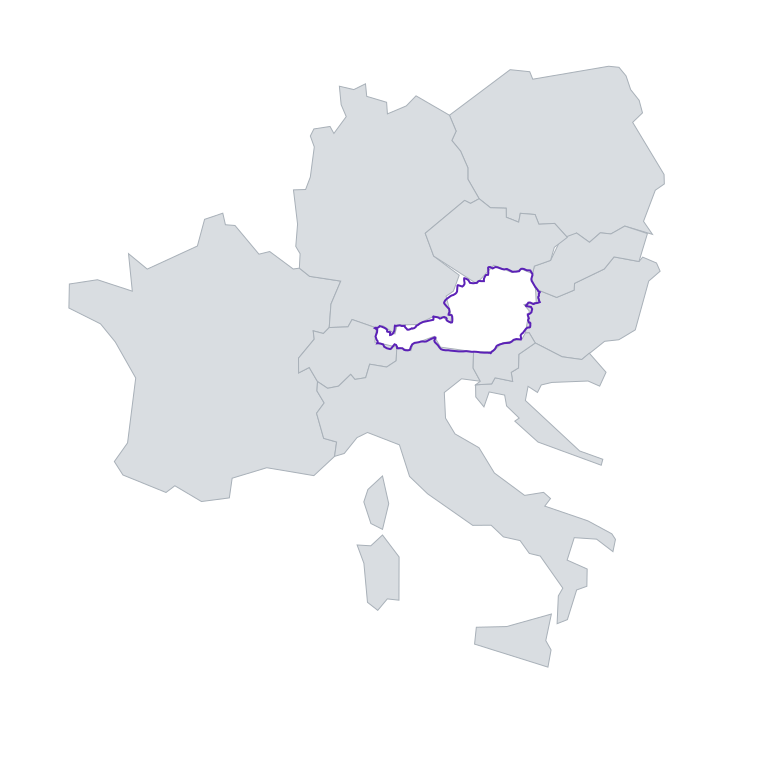 Austria highlighted among its neighbors, rotated 353°
{"feature_id": "AUT", "entity_name": "Austria", "entity_type": "country or territory", "adm_level": 0, "iso_a3": "AUT", "parent_name": "Europe", "parent_adm1": "", "projection": "orthographic", "projection_center": [13.446, 47.7], "detail": "fine", "context": "with_neighbors", "style": "outline", "palette": "violet", "viewbox_px": 768, "rotation_deg": 353, "n_neighbors": 10, "source": "natural_earth", "source_scale": "50m", "svg_char_len": 8290}
<svg xmlns="http://www.w3.org/2000/svg" viewBox="0 0 768 768"><g transform="rotate(353 384 384)"><path d="M314.1,258.7L323.3,268.1L353.6,276.6L341.1,298.2L336.5,321.3L330.0,326.5L320.2,322.6L320.2,331.0L302.3,347.9L300.6,362.6L311.8,358.5L318.3,373.5L316.6,382.7L322.3,395.5L313.5,404.8L317.5,430.6L329.9,435.8L326.1,449.8L303.2,466.4L257.4,452.8L221.8,459.0L216.6,478.2L188.5,478.4L164.0,459.5L154.4,465.1L113.8,442.5L106.9,428.1L122.3,411.2L138.3,347.8L122.4,309.5L110.0,289.8L80.5,270.2L83.9,246.4L112.3,245.6L145.5,261.2L146.3,223.5L163.0,241.1L215.6,224.3L226.0,198.7L244.8,194.8L246.0,206.6L255.4,208.5L275.7,239.9L286.7,238.6L307.9,258.8L314.1,258.7ZM355.2,486.7L371.3,475.1L374.1,503.4L364.8,528.1L354.0,520.9L349.6,498.6L355.2,486.7Z" fill="#d9dde1" stroke="#a8b0b8" stroke-width="1"/><path d="M661.8,107.7L664.7,121.9L671.8,133.5L673.6,146.4L662.7,154.6L687.5,210.2L686.6,219.6L676.9,224.7L661.4,254.2L668.7,268.2L642.2,256.6L627.5,262.7L617.1,260.3L605.2,268.4L593.5,257.6L585.1,262.7L572.9,245.4L557.2,244.3L554.6,234.2L540.1,231.2L537.4,239.8L525.7,233.4L526.7,224.4L511.1,222.0L501.0,211.7L492.2,190.9L493.6,179.6L488.4,162.2L481.0,150.6L486.4,141.8L481.7,125.2L547.5,87.4L566.7,91.8L568.8,99.6L645.7,96.0L655.8,98.3L661.8,107.7Z" fill="#d9dde1" stroke="#a8b0b8" stroke-width="1"/><path d="M656.2,289.6L669.2,297.1L671.8,305.7L659.3,314.1L640.0,360.9L622.4,368.7L608.2,368.5L583.3,383.8L564.1,378.7L539.1,361.7L534.3,350.8L530.5,350.6L537.1,329.2L532.6,322.2L545.0,321.6L546.0,308.2L565.9,319.1L584.1,314.0L585.4,307.3L616.6,296.7L627.8,285.9L652.0,293.5L656.2,289.6Z" fill="#d9dde1" stroke="#a8b0b8" stroke-width="1"/><path d="M481.7,125.2L486.4,141.8L481.0,150.6L488.4,162.2L493.6,179.6L492.2,190.9L501.0,211.7L491.9,215.3L486.4,211.6L443.3,239.4L448.9,263.1L471.9,285.2L464.2,300.3L456.3,304.4L459.3,325.9L457.2,331.4L450.4,324.6L439.8,323.5L423.8,329.0L404.3,327.0L400.9,335.6L390.0,326.0L383.3,327.5L360.2,316.1L355.2,322.9L336.5,321.3L341.1,298.2L353.6,276.6L323.3,268.1L314.1,258.7L316.6,244.5L313.2,236.7L317.7,214.8L317.8,180.3L329.9,181.4L336.1,169.6L343.7,140.2L341.1,128.9L345.5,122.3L361.8,121.8L364.8,129.2L379.1,114.0L375.5,101.5L376.0,83.0L389.9,88.1L402.2,83.8L401.9,96.4L420.9,104.7L420.3,116.3L440.0,110.7L450.9,101.9L481.7,125.2Z" fill="#d9dde1" stroke="#a8b0b8" stroke-width="1"/><path d="M539.1,361.7L564.1,378.7L583.3,383.8L591.5,378.4L605.8,399.4L597.8,412.4L586.9,405.9L550.8,402.9L540.0,404.1L535.3,411.1L526.7,403.9L522.3,417.6L570.0,474.3L592.0,485.4L589.7,491.1L529.8,460.4L509.3,436.8L514.0,434.3L503.0,420.7L502.4,409.7L487.4,404.7L480.4,418.9L473.5,408.0L474.8,396.0L490.9,397.0L495.0,391.4L512.0,397.1L511.7,387.9L519.5,384.4L521.4,371.0L539.1,361.7Z" fill="#d9dde1" stroke="#a8b0b8" stroke-width="1"/><path d="M383.3,327.5L380.0,341.2L401.2,349.0L398.9,362.4L388.7,367.5L372.2,362.6L366.6,375.5L355.7,375.9L352.1,370.4L338.6,380.6L327.5,381.4L318.3,373.5L311.8,358.5L300.6,362.6L302.3,347.9L320.2,331.0L320.2,322.6L330.0,326.5L336.5,321.3L355.2,322.9L360.2,316.1L383.3,327.5Z" fill="#d9dde1" stroke="#a8b0b8" stroke-width="1"/><path d="M401.2,349.0L414.7,354.2L417.5,348.0L439.7,342.8L444.6,354.3L476.8,362.9L474.4,379.1L479.9,393.0L461.6,388.3L442.8,399.8L440.9,425.4L448.4,442.2L470.5,458.8L482.7,485.8L510.0,511.7L529.2,511.0L535.3,518.0L528.7,524.8L569.7,544.7L591.9,560.5L594.8,566.4L590.8,578.3L576.1,563.9L554.1,559.7L544.3,581.1L563.1,592.4L560.7,609.5L550.1,611.9L537.3,640.2L526.6,643.0L531.2,615.6L536.6,608.4L518.1,573.8L507.6,569.9L500.0,556.0L483.9,550.3L473.1,537.2L454.8,535.1L413.9,498.3L398.1,478.9L391.9,446.3L361.7,430.1L350.7,433.9L336.1,448.1L326.1,449.8L329.9,435.8L317.5,430.6L313.5,404.8L322.3,395.5L316.6,382.7L318.3,373.5L327.5,381.4L338.6,380.6L352.1,370.4L355.7,375.9L366.6,375.5L372.2,362.6L388.7,367.5L398.9,362.4L401.2,349.0ZM476.2,639.7L522.1,632.7L513.3,658.4L517.4,668.3L512.2,685.0L442.2,653.2L446.0,636.7L476.2,639.7ZM351.2,543.0L364.1,533.7L377.9,557.5L372.5,600.4L361.1,597.7L350.2,607.9L341.0,598.7L342.2,559.5L337.7,540.5L351.2,543.0Z" fill="#d9dde1" stroke="#a8b0b8" stroke-width="1"/><path d="M476.8,362.9L495.5,365.3L506.7,357.6L526.4,356.3L530.5,350.6L534.3,350.8L539.1,361.7L521.4,371.0L519.5,384.4L511.7,387.9L512.0,397.1L495.0,391.4L490.9,397.0L474.8,396.0L479.9,393.0L474.4,379.1L476.8,362.9Z" fill="#d9dde1" stroke="#a8b0b8" stroke-width="1"/><path d="M663.8,266.8L652.0,293.5L627.8,285.9L616.6,296.7L585.4,307.3L584.1,314.0L565.9,319.1L546.0,308.2L543.3,296.9L547.6,285.3L564.4,281.6L577.5,261.3L593.5,257.6L605.2,268.4L617.1,260.3L627.5,262.7L642.2,256.6L663.8,266.8Z" fill="#d9dde1" stroke="#a8b0b8" stroke-width="1"/><path d="M501.0,211.7L511.1,222.0L526.7,224.4L525.7,233.4L537.4,239.8L540.1,231.2L554.6,234.2L557.2,244.3L572.9,245.4L583.8,260.8L569.7,269.1L564.4,281.6L547.6,285.3L544.9,292.6L534.7,286.9L524.6,288.9L507.5,279.4L488.0,295.6L448.9,263.1L443.3,239.4L486.4,211.6L491.9,215.3L501.0,211.7Z" fill="#d9dde1" stroke="#a8b0b8" stroke-width="1"/><path d="M381.4,335.7L383.4,331.8L383.9,329.4L382.4,327.9L381.7,327.4L382.3,327.1L384.5,327.5L386.0,326.7L386.8,326.0L388.7,326.8L391.6,328.5L392.9,329.6L393.5,330.4L393.7,331.1L393.5,332.3L394.2,332.7L395.5,333.0L396.5,333.4L396.1,334.9L396.0,336.1L397.2,336.0L398.9,335.1L400.2,333.4L401.0,331.8L401.8,327.8L402.0,327.4L403.0,327.8L406.9,327.7L408.7,328.6L411.6,328.8L411.5,329.4L412.0,330.4L413.2,331.9L413.8,332.9L415.2,333.1L417.3,332.6L418.5,332.1L419.0,332.5L420.9,332.2L422.6,331.1L423.1,330.2L424.8,329.6L427.1,328.3L430.3,327.2L440.7,326.3L441.1,325.4L441.0,323.3L441.3,323.0L442.6,323.5L444.7,324.1L446.3,324.8L447.3,325.8L448.3,325.8L449.8,325.2L451.8,324.8L453.7,325.8L454.2,326.8L453.9,327.4L453.9,328.2L454.5,329.0L456.0,330.1L458.0,331.2L459.0,331.1L459.4,330.1L459.8,327.8L459.9,325.3L459.5,323.9L458.4,323.5L457.2,323.4L456.5,323.1L456.7,322.3L457.8,320.3L457.8,317.5L455.5,314.4L453.6,311.4L453.6,310.4L454.8,308.6L456.6,307.2L460.7,304.9L461.9,304.4L463.6,304.1L465.9,303.1L467.1,302.1L467.8,301.0L468.9,295.4L469.2,295.2L469.5,294.9L473.6,296.8L474.0,296.5L474.7,296.2L476.0,294.7L476.3,293.5L476.2,291.4L476.3,289.4L476.6,288.8L477.2,289.0L479.0,290.0L480.4,291.2L481.7,294.1L484.8,294.9L488.6,294.9L490.0,293.6L491.2,293.3L492.7,293.7L495.7,294.1L496.0,291.7L497.6,289.2L498.4,288.3L500.6,288.3L501.1,286.5L501.5,281.3L502.0,280.8L503.5,280.8L505.1,281.8L505.6,282.5L506.4,282.4L507.6,281.9L508.8,281.5L510.8,282.0L515.1,284.2L517.3,285.0L518.7,284.8L520.0,284.8L525.1,288.2L528.7,288.6L531.9,288.5L532.8,287.4L534.2,286.4L535.6,286.5L536.9,286.9L539.3,288.4L540.5,288.7L542.0,288.9L543.1,289.2L544.2,291.9L544.7,292.6L544.7,292.9L544.6,294.2L543.8,295.8L543.0,297.8L543.1,299.6L545.8,305.7L548.0,309.4L548.5,310.8L549.9,311.8L548.7,313.3L548.5,315.4L547.7,316.3L547.6,317.5L548.0,318.6L548.0,319.9L548.6,321.7L546.5,322.2L544.1,322.3L543.2,322.4L542.4,322.9L541.6,322.7L539.3,321.1L538.0,320.8L537.1,320.9L536.5,321.7L535.4,322.7L534.4,323.4L534.6,324.0L539.3,325.4L540.2,327.7L539.4,329.7L539.1,330.7L538.1,331.5L536.8,332.2L535.2,332.4L535.1,333.5L535.8,336.5L535.3,337.2L534.8,338.2L535.4,340.7L536.4,340.9L536.7,341.5L536.5,342.5L536.4,343.6L536.1,344.8L535.9,345.3L535.3,345.6L533.2,345.5L531.5,346.6L528.0,350.3L526.8,350.9L525.5,352.4L525.7,355.5L525.5,355.8L525.2,356.5L520.9,355.5L520.7,355.5L517.9,356.0L515.9,357.5L513.6,358.4L508.5,358.1L503.7,358.8L502.5,359.2L501.3,359.5L500.1,360.3L499.4,361.5L498.2,363.0L496.5,364.2L494.7,365.1L494.2,365.9L493.6,366.4L492.6,365.8L491.7,365.8L490.7,365.5L487.2,365.1L483.4,364.4L481.6,363.8L479.5,363.3L477.3,362.9L475.3,362.8L474.4,362.6L469.6,361.4L466.5,361.3L462.4,360.8L454.2,359.0L451.8,358.3L449.5,358.1L446.8,357.4L444.8,356.4L443.5,354.5L442.2,352.0L439.6,348.7L439.2,347.1L440.0,345.7L440.8,344.6L440.7,344.1L440.1,343.9L435.6,345.2L431.2,346.9L429.5,346.9L427.8,346.5L425.7,346.4L423.5,346.8L419.3,346.9L416.8,348.1L415.1,350.6L414.2,352.6L413.5,353.3L412.0,353.5L409.8,353.2L408.2,352.6L406.7,350.8L404.3,350.4L402.0,350.3L401.4,350.0L401.5,348.8L400.7,346.7L399.3,345.9L395.3,349.8L394.3,350.1L391.2,348.9L388.7,347.0L388.4,345.8L388.0,344.7L385.8,343.6L383.1,342.8L382.2,342.8L382.6,342.2L382.9,341.2L382.8,340.4L382.2,339.5L381.9,338.6L381.8,337.7L381.6,336.9L381.5,336.3L381.4,335.7Z" fill="none" stroke="#5b21b6" stroke-width="2"/></g></svg>